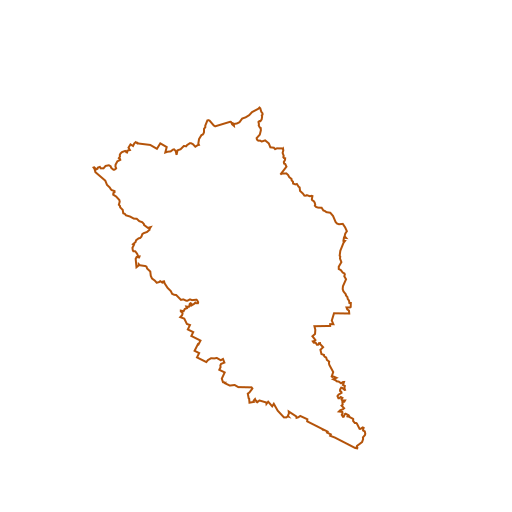 the district of Adelaide Hills, South Australia, Australia, rotated 300°
{"feature_id": "25037944B81795940513405", "entity_name": "Adelaide Hills", "entity_type": "district", "adm_level": 2, "iso_a3": "AUS", "parent_name": "Australia", "parent_adm1": "South Australia", "projection": "albers", "projection_center": [138.799, -34.901], "detail": "fine", "context": "isolated", "style": "outline", "palette": "amber", "viewbox_px": 512, "rotation_deg": 300, "n_neighbors": 0, "source": "geoboundaries", "source_scale": "gbopen_adm2", "svg_char_len": 6107}
<svg xmlns="http://www.w3.org/2000/svg" viewBox="0 0 512 512"><g transform="rotate(300 256 256)"><path d="M204.7,143.6L204.7,144.7L201.3,144.9L199.4,146.4L198.8,147.4L199.7,149.1L198.5,151.9L196.8,154.2L197.4,155.3L196.3,155.5L195.4,153.1L193.4,153.2L186.5,158.1L189.1,159.1L190.3,158.5L189.9,160.0L192.0,165.3L192.0,166.5L190.7,168.0L189.7,172.2L186.2,174.8L184.5,177.2L184.1,180.7L183.2,183.4L185.2,185.3L186.3,185.6L186.1,188.3L186.7,188.8L187.2,188.1L188.1,189.0L186.6,190.6L184.2,195.3L183.0,199.8L181.3,202.3L181.5,204.5L182.3,206.4L180.5,212.9L182.1,214.8L182.4,217.9L182.9,218.9L185.4,220.5L185.8,222.7L188.4,226.3L188.2,227.1L187.1,229.0L186.1,229.3L185.1,227.6L185.3,226.7L183.5,226.3L180.5,224.6L180.6,224.2L182.4,223.7L182.4,222.9L181.4,222.6L178.7,223.4L178.2,223.0L177.4,220.9L176.3,222.3L174.5,220.8L172.0,220.9L171.1,218.2L170.4,218.6L170.1,220.5L169.4,221.2L167.8,221.6L165.2,221.0L165.9,225.2L162.6,230.1L163.2,233.3L158.3,233.7L158.7,239.7L154.4,240.0L155.0,250.2L150.6,250.4L150.6,249.8L143.2,250.2L143.5,255.3L138.7,255.6L139.3,266.0L141.8,266.4L145.0,268.2L146.5,271.2L148.1,273.0L148.1,277.6L150.3,278.9L147.9,281.9L145.1,279.7L143.5,279.8L142.0,280.9L139.1,281.1L139.5,287.1L132.7,287.7L130.2,290.5L130.7,291.6L130.3,292.2L130.8,292.8L130.3,292.9L130.7,298.1L133.6,302.0L133.6,306.2L140.0,317.8L139.5,319.1L138.9,319.1L134.4,318.5L132.7,317.7L129.1,320.8L129.0,321.4L125.7,323.7L128.6,327.1L129.6,326.3L131.6,326.7L130.8,327.7L130.7,328.8L130.0,329.1L129.9,330.2L132.6,331.2L134.3,338.2L133.2,339.0L135.9,339.4L133.9,345.2L136.9,345.3L132.9,352.1L130.2,360.9L131.4,363.0L133.1,363.7L133.2,364.3L133.5,363.5L136.2,363.2L137.7,362.1L137.2,371.1L136.1,372.0L137.5,373.3L139.6,374.3L140.3,382.1L138.4,383.0L139.3,399.3L139.0,400.8L139.4,400.8L139.7,405.8L138.6,405.8L138.9,410.0L137.4,410.1L138.2,415.1L139.3,437.8L140.0,439.8L140.7,439.6L141.2,438.6L142.0,438.4L147.9,440.9L151.0,440.3L152.4,439.3L155.4,439.9L156.7,439.5L158.5,437.9L158.4,436.1L158.7,435.7L161.0,435.1L160.9,434.1L158.6,433.0L158.1,432.1L161.3,427.2L161.5,426.4L160.8,425.1L161.7,422.6L163.4,421.7L163.5,421.2L163.3,417.8L164.0,416.6L163.0,416.2L162.8,415.4L164.4,415.1L164.2,412.4L163.5,412.0L160.6,412.3L160.2,411.8L161.3,409.7L163.0,409.6L164.1,408.7L162.8,405.6L164.6,406.1L166.7,407.9L168.2,408.4L169.2,404.9L170.6,405.4L172.7,403.8L173.9,405.3L175.4,405.3L174.2,403.2L174.2,402.3L174.7,401.6L176.3,401.8L176.3,399.9L174.3,399.1L174.0,398.5L175.4,396.6L177.2,396.8L180.3,398.5L181.1,397.7L181.2,396.2L182.5,395.6L184.6,395.6L184.9,396.5L184.3,399.7L184.6,400.0L185.8,398.6L187.9,397.9L187.8,395.8L190.9,395.2L190.3,394.3L188.3,393.3L188.6,390.5L187.8,388.4L188.2,387.6L187.9,384.5L190.7,386.5L190.4,383.5L189.4,382.6L189.5,381.8L194.1,380.9L198.4,373.9L199.7,372.7L201.1,372.2L201.5,369.3L203.2,367.5L203.1,365.9L203.7,364.6L204.3,364.3L203.8,361.7L207.0,358.7L210.6,359.7L211.8,355.6L212.6,355.0L212.0,354.1L210.4,354.3L209.6,353.2L210.7,351.1L209.8,349.3L210.5,347.9L211.8,349.2L212.9,349.5L214.7,345.0L218.0,346.1L221.7,344.3L224.4,341.7L232.5,355.2L234.1,354.3L235.6,357.1L238.0,353.9L245.4,352.2L252.8,365.5L255.2,363.8L255.4,361.7L256.7,360.1L258.4,363.1L259.2,363.5L262.7,361.6L262.0,360.4L263.9,358.8L264.7,356.9L266.2,355.6L266.8,353.6L267.7,353.0L269.1,349.4L270.7,347.6L273.3,346.4L280.9,345.6L282.6,342.6L284.5,342.1L285.1,341.3L285.0,339.4L286.2,336.5L286.1,334.2L288.1,333.0L293.4,333.0L295.8,330.0L297.7,329.2L298.1,328.3L302.7,326.4L311.1,325.2L313.5,325.5L312.9,324.1L315.9,323.0L316.7,324.9L317.4,322.9L320.0,322.1L322.9,322.3L325.4,318.8L327.2,315.1L325.0,312.0L324.6,310.0L325.2,308.0L329.2,302.7L330.6,298.7L329.2,295.1L329.4,292.9L329.1,291.6L330.6,288.7L329.0,285.7L328.5,283.6L329.0,281.8L330.1,281.6L331.7,280.0L332.4,278.5L332.4,276.8L333.0,276.0L336.1,274.9L335.9,274.0L334.7,272.8L334.1,269.6L333.2,269.1L332.5,267.7L333.5,265.5L334.4,261.6L337.2,259.5L337.3,258.3L338.8,255.4L337.7,254.3L337.3,251.9L338.8,250.9L339.3,249.1L340.5,248.2L340.9,245.4L342.2,243.3L342.7,241.0L340.2,237.1L338.8,236.4L348.6,237.7L350.3,235.3L350.1,234.1L351.3,233.1L353.7,233.1L355.2,232.4L354.8,231.3L355.3,230.2L356.5,230.0L358.6,227.5L361.2,226.8L362.5,225.7L362.0,225.6L362.2,224.8L359.7,220.3L358.1,219.1L358.7,217.3L357.3,214.1L359.9,210.8L360.7,206.1L358.0,203.7L358.0,201.9L357.0,200.3L357.3,198.6L358.4,197.6L363.0,198.6L367.2,197.4L369.2,196.1L369.1,195.2L370.4,193.1L371.7,192.6L373.3,191.1L374.6,191.5L374.9,192.4L377.1,192.6L379.6,191.7L380.7,190.7L381.7,191.0L382.8,190.3L383.6,188.4L386.0,185.9L386.3,184.8L384.7,184.4L378.6,180.6L374.6,179.7L370.9,177.7L368.1,175.3L363.6,174.8L361.2,173.2L359.2,170.7L357.7,171.8L358.1,169.5L359.3,169.1L358.9,168.4L359.6,167.2L359.4,166.6L347.9,155.8L347.9,154.2L350.0,148.2L349.9,147.0L349.1,146.1L343.5,146.9L342.2,147.7L340.2,147.4L337.1,149.1L335.5,149.3L334.4,149.1L333.5,148.3L328.8,148.2L324.6,149.8L323.7,151.0L322.9,150.1L320.3,148.8L321.3,145.5L321.2,143.5L320.7,142.4L317.5,140.8L316.1,140.7L315.2,138.5L310.7,137.3L308.3,135.2L303.9,136.6L306.8,133.9L307.4,131.7L306.6,130.9L303.9,129.8L302.1,127.3L300.3,125.7L305.7,124.2L305.7,116.8L299.3,116.6L299.3,108.9L294.5,97.6L294.7,97.0L294.2,96.9L294.5,94.9L292.6,94.3L289.8,94.5L289.9,91.5L286.1,91.4L284.7,93.8L283.0,92.0L281.2,92.6L281.0,91.8L281.7,90.9L281.6,90.2L279.0,88.0L277.0,87.4L275.4,87.5L274.0,88.5L272.2,88.3L272.0,89.8L271.4,90.4L268.7,88.6L264.9,88.7L263.1,89.6L262.1,91.0L260.9,90.8L259.6,89.9L259.5,88.8L260.0,86.4L261.0,85.3L261.0,83.2L258.8,80.7L255.7,80.1L254.3,77.7L255.1,76.2L253.4,74.8L252.3,75.1L251.2,74.4L251.9,71.5L251.4,71.1L250.7,72.6L248.3,75.0L245.9,87.8L243.1,91.4L242.2,95.1L241.2,96.9L240.9,98.1L241.5,101.0L240.6,101.6L239.2,101.0L237.7,101.7L237.6,105.1L236.2,109.6L234.9,110.8L231.8,111.6L231.3,113.2L230.2,114.1L229.3,117.5L226.6,119.7L226.9,121.3L226.2,123.0L227.2,127.2L227.3,131.5L228.6,134.1L227.8,137.5L228.4,140.6L227.6,143.0L226.9,143.5L226.3,148.3L228.3,150.3L226.0,150.2L225.5,150.7L222.3,149.6L219.6,147.3L218.1,146.6L215.5,147.1L213.7,146.7L212.6,145.5L209.7,144.3L207.8,144.7L204.7,143.6Z" fill="none" stroke="#b45309" stroke-width="2"/></g></svg>